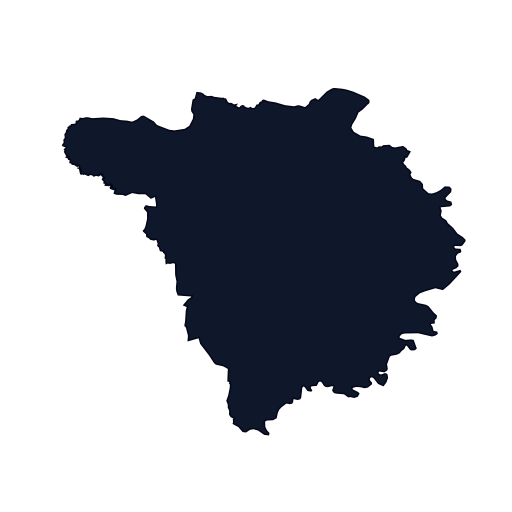 Tham Phannara, Nakhon Si Thammarat, Thailand, rotated 277°
{"feature_id": "78962969B12652914635488", "entity_name": "Tham Phannara", "entity_type": "district", "adm_level": 2, "iso_a3": "THA", "parent_name": "Thailand", "parent_adm1": "Nakhon Si Thammarat", "projection": "natural_earth1", "projection_center": [99.386, 8.47], "detail": "fine", "context": "isolated", "style": "filled", "palette": "ink", "viewbox_px": 512, "rotation_deg": 277, "n_neighbors": 0, "source": "geoboundaries", "source_scale": "gbopen_adm2", "svg_char_len": 6062}
<svg xmlns="http://www.w3.org/2000/svg" viewBox="0 0 512 512"><g transform="rotate(277 256 256)"><path d="M353.4,51.7L349.9,52.6L347.9,51.4L344.8,52.0L342.5,50.6L342.0,51.0L341.0,54.8L339.8,54.5L338.5,53.0L337.3,53.9L336.1,53.4L332.9,55.7L332.9,56.3L332.1,56.2L331.9,57.3L331.0,55.9L330.5,57.4L331.0,58.0L329.2,58.3L329.1,60.0L326.1,60.1L325.7,62.1L324.8,62.4L324.8,65.0L323.8,66.4L325.0,66.4L325.1,67.0L324.6,67.9L323.5,68.2L324.3,68.9L324.0,69.5L322.2,70.5L321.6,69.4L321.2,71.3L319.3,72.3L319.1,71.9L320.0,70.7L316.3,72.0L316.1,73.0L316.6,73.8L316.2,75.1L316.9,75.7L315.6,79.6L315.9,80.3L316.7,80.4L316.9,82.5L316.7,83.9L315.7,85.2L316.8,87.5L316.5,90.0L317.4,91.0L318.8,90.8L319.1,92.2L317.9,92.4L318.2,93.9L317.1,93.3L315.5,95.6L314.4,94.5L314.0,94.6L314.3,95.4L313.2,94.5L311.1,96.9L310.1,96.3L309.5,98.4L308.0,97.8L307.9,98.8L308.5,99.6L307.9,100.7L308.8,101.4L308.1,102.8L309.4,102.5L309.7,103.3L309.0,103.3L308.6,104.3L307.8,104.0L307.8,104.8L307.2,104.4L306.7,104.8L306.2,103.2L305.4,103.5L304.7,106.7L305.7,106.8L305.7,108.5L305.1,108.9L304.5,108.3L301.0,107.8L300.5,110.2L301.1,116.3L300.4,119.0L304.1,125.2L303.7,132.1L304.6,138.8L300.8,144.7L303.3,149.0L294.5,151.4L292.2,151.3L291.9,143.9L292.3,140.8L290.5,139.7L289.6,139.7L286.4,143.2L279.5,144.1L271.6,143.3L268.4,142.3L267.4,141.3L266.8,141.6L264.6,144.8L262.0,145.4L261.2,147.8L259.9,149.3L259.6,152.8L260.6,154.4L260.1,155.9L256.0,157.7L254.4,157.3L253.1,159.1L249.8,160.5L249.4,163.8L248.3,164.0L247.4,165.6L245.8,166.1L245.4,166.8L243.8,166.1L242.7,166.4L242.0,167.5L240.3,167.3L237.7,167.9L238.6,169.4L238.3,170.6L238.9,173.2L239.5,173.7L239.3,176.3L238.7,177.2L227.4,178.8L221.2,180.9L214.5,181.1L211.3,181.9L208.0,183.6L208.7,197.7L206.7,197.1L204.1,194.1L198.5,190.5L197.4,194.2L193.2,193.7L182.7,194.3L178.2,194.1L177.6,195.2L176.0,196.1L168.7,198.9L163.9,199.1L168.3,209.4L162.4,211.9L152.0,222.1L145.3,227.7L144.0,229.5L143.2,237.1L141.0,242.5L128.6,243.5L128.2,246.0L126.6,245.4L125.3,246.5L122.1,246.7L114.3,246.1L108.7,244.9L105.6,246.7L102.2,247.2L99.4,248.9L95.5,249.3L93.6,250.9L92.3,254.5L90.8,253.6L88.6,254.2L86.9,254.0L84.7,259.7L80.4,264.4L80.3,267.3L83.4,270.9L84.5,274.6L83.7,279.6L80.2,286.1L80.2,290.1L81.6,290.2L84.0,287.5L87.2,285.4L93.0,284.4L94.7,286.5L95.8,292.7L97.9,295.6L102.8,296.0L106.5,297.1L109.4,299.1L113.4,303.2L114.0,304.1L113.8,307.6L114.4,309.3L115.5,309.9L118.5,309.9L119.3,310.5L118.9,314.8L119.8,316.9L121.2,317.4L130.9,317.3L132.9,318.2L132.7,320.4L129.0,323.8L128.8,327.0L129.4,327.4L131.4,325.7L133.4,325.9L134.2,327.1L135.1,331.6L138.9,332.9L139.7,334.0L139.9,335.7L139.2,337.1L136.0,339.7L135.3,341.0L135.2,342.9L136.8,347.2L136.8,349.1L135.9,349.5L132.0,348.7L130.2,350.3L129.9,352.3L130.2,360.4L127.7,364.8L128.2,367.2L127.8,370.6L129.2,373.6L131.9,374.7L132.8,373.6L134.8,367.9L136.0,367.2L137.5,367.6L139.0,371.3L139.2,376.1L138.7,379.7L139.7,382.7L143.1,386.0L144.2,385.8L145.9,383.9L147.2,383.2L149.2,383.6L150.4,384.9L150.4,386.3L149.6,388.0L144.5,393.2L143.0,398.1L146.8,400.2L151.1,401.2L154.1,400.3L154.7,399.3L154.7,398.2L153.2,395.5L152.9,393.5L153.8,391.6L155.3,391.1L157.1,391.8L156.9,397.3L158.7,399.5L160.1,399.8L164.4,398.5L172.7,400.4L174.1,401.9L175.9,407.6L177.5,410.0L179.9,411.5L182.1,413.8L186.2,415.2L186.0,417.0L182.3,420.6L181.9,421.6L182.5,424.8L183.9,426.0L191.2,422.3L191.4,420.4L190.2,414.5L191.7,408.3L193.0,407.4L195.7,408.8L196.9,410.1L197.9,412.8L199.8,426.3L198.3,440.4L199.4,443.2L201.1,445.1L202.4,444.6L202.6,440.9L206.9,439.2L209.4,437.0L210.5,437.4L211.4,440.9L214.3,440.4L216.5,442.1L218.5,442.2L221.3,438.4L226.6,433.0L227.6,430.3L228.3,422.5L228.9,420.8L230.6,418.7L232.7,418.2L235.2,418.7L239.5,422.7L242.2,427.8L246.6,437.9L245.7,445.4L252.1,451.3L265.4,460.9L266.3,460.3L263.9,454.8L264.1,453.3L265.4,451.9L266.6,452.1L268.9,456.0L270.9,457.5L272.6,457.1L276.5,454.4L280.2,453.7L283.5,455.5L284.9,458.2L285.5,458.5L287.3,457.7L287.0,453.0L287.8,451.6L289.2,450.9L290.5,451.3L291.0,452.2L291.4,457.5L292.0,458.9L296.3,461.4L297.3,461.3L299.4,458.6L302.2,452.8L307.4,447.8L311.4,442.0L314.1,440.0L316.3,435.5L318.7,433.8L323.3,434.1L326.3,432.6L327.5,432.9L329.5,442.2L330.9,443.6L333.1,442.8L333.8,438.6L335.4,436.4L337.4,436.6L343.5,441.2L346.2,441.2L347.7,439.4L347.4,435.2L343.6,431.7L340.7,427.7L338.7,423.2L338.6,419.4L343.0,413.1L347.4,412.2L349.9,409.4L351.0,402.6L352.2,400.7L355.5,398.6L357.9,399.4L360.0,397.5L361.7,394.3L363.2,393.5L364.7,391.3L366.2,390.3L367.1,389.9L368.6,391.2L370.7,391.7L372.5,391.5L372.5,393.5L378.2,396.0L379.2,392.5L380.5,391.9L382.4,388.5L380.0,381.1L380.1,377.7L381.9,374.9L380.8,369.0L379.5,367.9L379.1,364.7L377.8,363.4L378.4,359.5L385.9,358.2L387.4,351.1L387.5,344.9L390.6,337.5L394.8,334.2L398.5,334.9L404.9,337.8L411.2,339.6L414.9,343.5L419.2,346.9L420.0,346.9L420.6,347.4L420.5,348.1L422.0,349.2L424.2,348.9L426.8,344.3L430.3,332.2L431.5,325.5L431.8,320.9L431.6,313.2L430.8,311.2L427.4,306.7L418.0,299.3L418.1,297.4L419.2,295.7L417.2,292.4L415.7,291.2L412.9,290.4L409.0,286.8L410.1,280.5L410.0,279.3L408.5,275.7L408.5,266.5L410.1,256.7L410.4,249.4L411.5,244.6L411.1,243.8L409.4,243.0L409.0,241.7L407.9,241.0L407.2,241.2L405.9,239.7L405.8,238.6L402.9,237.4L401.7,235.7L401.9,233.4L402.6,232.5L401.6,231.1L401.5,228.6L402.1,227.4L402.0,226.1L403.2,225.7L403.5,224.4L402.7,223.0L400.8,221.8L400.9,219.7L401.7,218.8L401.3,217.6L401.9,216.9L403.8,218.0L403.0,215.6L404.2,213.0L404.0,211.0L404.6,209.0L408.1,206.6L407.9,204.8L408.5,204.2L408.1,203.0L408.2,194.8L408.8,192.6L408.0,188.2L409.0,184.9L410.1,183.7L410.9,181.4L410.9,177.5L404.7,176.7L403.1,174.7L394.2,174.3L392.2,174.7L389.0,177.3L384.2,177.3L376.6,174.5L372.9,170.1L370.0,159.8L370.0,154.5L373.0,142.4L373.9,140.6L376.3,138.1L380.9,127.4L380.3,125.3L376.6,121.9L373.9,117.7L373.5,116.1L373.9,111.5L373.6,104.8L374.7,97.6L374.1,87.6L372.1,76.7L372.5,72.1L372.0,69.4L371.2,68.0L371.1,64.7L368.9,64.1L368.0,62.9L367.8,61.4L364.8,61.3L363.8,56.9L362.2,56.3L362.0,55.1L361.2,54.9L360.6,54.0L360.0,54.5L357.6,53.0L354.7,52.6L353.4,51.7Z" fill="#0f172a" stroke="#020617" stroke-width="1.5"/></g></svg>